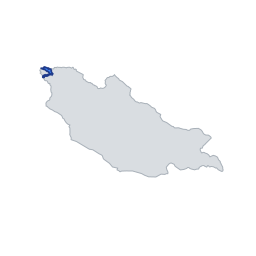 Ulaanxus, Bayan-Ölgiy, Mongolia shown in context, rotated 24°
{"feature_id": "93677404B94457736933818", "entity_name": "Ulaanxus", "entity_type": "district", "adm_level": 2, "iso_a3": "MNG", "parent_name": "Mongolia", "parent_adm1": "Bayan-Ölgiy", "projection": "natural_earth1", "projection_center": [88.684, 48.89], "detail": "fine", "context": "in_parent", "style": "filled", "palette": "blue", "viewbox_px": 256, "rotation_deg": 24, "n_neighbors": 0, "source": "geoboundaries", "source_scale": "gbopen_adm2", "svg_char_len": 5903}
<svg xmlns="http://www.w3.org/2000/svg" viewBox="0 0 256 256"><g transform="rotate(24 128 128)"><path d="M24.4,108.7L25.2,108.7L26.3,107.9L26.5,106.9L26.8,106.3L29.6,106.1L30.9,106.4L31.1,105.7L31.3,105.6L32.0,106.2L32.7,105.9L33.1,105.7L33.5,104.9L34.5,105.0L36.1,104.2L36.1,102.7L36.7,102.3L38.2,102.0L38.4,101.3L38.7,101.1L39.8,100.9L41.6,100.1L42.5,100.1L43.1,99.4L44.8,98.5L47.3,98.1L47.5,97.6L49.7,96.3L52.2,96.2L52.8,95.0L53.2,94.9L54.9,96.3L55.6,96.1L55.9,95.6L56.9,95.6L57.4,96.6L58.0,97.0L65.2,97.4L65.5,97.7L66.0,100.1L67.3,101.2L67.7,101.7L69.7,101.5L70.8,102.4L72.6,102.4L73.5,102.6L75.1,101.8L75.5,101.8L76.1,102.2L76.9,101.9L78.5,102.7L79.7,102.5L80.3,102.9L81.0,102.6L82.8,102.8L84.2,104.1L85.2,104.0L86.3,103.2L86.6,102.6L88.3,102.3L89.2,101.8L89.8,101.2L90.7,99.4L90.8,97.6L89.9,97.3L89.1,96.7L88.7,95.6L88.6,94.9L87.7,93.9L87.8,93.4L88.2,92.4L88.4,91.0L88.9,90.1L90.0,89.7L90.1,89.1L90.8,88.0L92.6,87.3L93.5,86.1L94.0,84.8L94.9,85.4L97.3,86.3L99.3,86.7L100.6,87.7L104.1,87.9L110.0,90.1L111.1,90.0L114.6,90.9L114.9,91.2L115.0,92.9L115.3,93.4L115.5,95.2L116.2,96.1L116.1,97.1L116.5,97.5L117.3,97.6L118.7,98.7L121.8,99.5L122.8,100.3L124.9,100.8L126.0,100.4L127.7,100.6L128.4,100.5L129.4,99.6L130.1,99.4L134.0,98.7L135.1,98.1L135.8,98.0L139.0,98.6L141.2,99.4L144.3,99.3L145.9,100.3L146.6,101.2L147.9,102.0L152.2,102.3L152.5,102.5L152.6,104.4L152.8,104.7L155.8,106.8L157.1,107.4L161.1,107.3L167.4,108.6L168.8,108.2L170.2,108.9L170.7,108.9L174.5,107.1L175.1,107.2L179.2,106.6L181.7,105.7L183.7,105.8L185.2,105.0L185.7,103.5L188.2,101.8L192.5,99.7L195.4,100.0L197.1,100.8L199.0,102.3L200.1,102.7L201.9,102.8L204.4,101.8L205.8,102.1L207.2,102.5L208.1,103.3L205.0,111.3L205.0,111.8L203.9,113.5L204.0,116.2L202.4,117.1L202.8,118.6L203.3,119.2L205.2,120.8L205.8,120.6L206.3,119.9L207.2,119.4L209.1,119.5L210.6,119.3L212.7,119.8L214.6,121.0L217.0,118.3L219.4,118.0L221.7,118.3L223.6,120.2L225.8,121.0L226.4,122.1L227.3,122.5L227.6,123.0L230.4,125.2L231.1,126.6L231.9,127.6L232.1,128.6L231.9,129.1L231.0,129.6L227.4,129.4L225.2,128.4L224.5,128.9L221.8,128.7L220.3,129.1L219.3,129.5L218.8,130.2L218.3,130.4L217.9,130.3L217.0,129.8L216.3,129.8L216.1,129.9L215.8,131.7L213.5,131.7L212.7,131.4L210.9,132.3L210.7,132.9L209.8,133.8L209.0,135.6L209.3,136.3L209.1,136.8L207.4,137.7L205.9,139.1L202.6,139.7L201.1,139.8L199.8,139.4L198.7,139.7L197.9,141.2L195.9,143.1L192.9,145.0L187.0,143.9L186.3,143.6L185.0,142.4L181.6,142.4L180.7,143.2L180.0,144.3L178.9,148.2L180.4,150.3L182.1,151.7L182.8,152.7L182.9,153.6L181.8,154.0L180.5,155.4L177.0,156.7L173.4,161.4L166.7,164.2L162.3,164.4L158.9,164.1L149.7,165.4L143.9,167.9L139.6,170.0L138.7,171.1L138.2,171.2L137.4,170.8L135.0,170.7L134.9,168.9L129.7,169.9L125.4,167.8L119.2,166.5L118.0,166.1L115.8,163.7L114.7,163.4L112.0,163.3L104.7,162.2L101.3,163.1L86.3,161.3L80.9,161.8L80.6,161.6L80.2,160.1L77.6,157.8L77.3,157.2L77.1,156.3L74.9,151.6L73.6,150.9L73.7,148.9L71.7,149.0L69.5,148.3L67.2,146.9L66.1,145.8L64.5,145.6L62.5,143.7L61.5,143.4L56.8,142.6L54.4,142.8L51.8,142.3L48.9,142.3L48.0,141.9L47.1,141.9L45.4,141.1L44.3,141.3L42.9,138.6L43.2,136.9L43.7,135.8L45.0,134.3L45.0,133.8L44.4,132.4L45.2,130.0L44.9,128.5L44.1,126.8L43.1,126.4L41.7,124.1L41.2,122.3L40.6,121.0L39.1,120.3L38.6,119.2L38.2,119.1L37.9,119.5L37.0,119.6L36.1,118.9L35.6,118.2L35.1,118.0L34.1,118.0L33.3,118.4L32.3,118.2L31.5,117.5L29.3,116.4L29.2,115.6L28.9,115.0L28.2,114.9L27.6,114.3L25.5,113.7L25.4,113.3L26.0,112.4L24.5,111.7L23.9,111.0L24.8,110.0L24.4,109.4L24.4,108.7Z" fill="#d9dde1" stroke="#a8b0b8" stroke-width="1"/><path d="M34.9,107.1L34.5,107.2L34.3,106.8L34.3,106.4L34.0,106.1L33.9,105.9L33.8,105.7L33.4,105.6L33.3,105.8L33.2,105.8L32.9,105.9L32.7,106.0L32.3,106.1L32.2,106.0L31.8,106.3L31.8,106.2L31.7,106.1L31.8,106.0L31.7,106.0L31.7,105.9L31.5,105.7L31.4,105.6L31.1,105.6L31.2,105.8L31.1,106.0L31.3,106.1L31.1,106.2L31.1,106.3L30.9,106.4L30.6,106.3L30.4,106.3L30.2,106.3L29.9,106.2L29.7,106.0L29.4,105.9L29.2,106.0L28.9,106.1L28.6,106.2L28.4,106.2L28.2,106.0L27.9,106.1L27.7,106.0L27.4,106.1L27.2,106.1L26.9,106.2L26.8,106.3L26.7,106.3L26.7,106.5L26.8,106.6L26.7,106.6L26.4,106.8L26.4,107.0L26.5,107.0L26.6,107.3L26.7,107.5L26.4,107.7L26.4,107.8L26.1,107.9L25.9,107.9L25.9,108.0L26.0,108.0L25.8,108.1L25.7,108.2L25.6,108.3L25.5,108.5L25.4,108.5L25.2,108.5L24.9,108.6L24.7,108.6L24.4,108.6L24.4,108.8L25.6,108.9L26.0,108.9L26.3,108.8L26.7,108.8L27.4,108.8L27.8,108.6L28.6,108.6L28.9,108.5L29.5,108.9L30.0,108.9L30.4,108.9L30.7,109.2L31.1,109.3L31.3,109.2L31.4,108.8L31.9,108.8L32.3,109.0L32.2,108.9L32.3,109.0L32.6,109.1L32.8,109.1L32.8,109.3L33.1,109.4L33.2,109.5L33.3,109.5L33.5,109.6L33.4,109.9L33.8,110.2L33.8,110.3L34.1,110.6L34.1,110.9L34.1,111.4L33.6,111.6L33.4,112.1L33.2,111.9L32.9,111.8L32.7,111.9L32.7,112.0L32.4,112.2L32.2,112.3L32.1,112.5L31.9,112.8L32.0,112.8L32.0,113.0L31.9,113.1L31.7,113.2L31.6,113.3L31.4,113.3L31.1,113.6L31.2,113.8L30.9,113.8L30.8,113.7L30.9,113.4L30.9,113.2L30.7,113.0L30.4,113.3L30.3,113.5L30.2,113.5L30.1,113.8L30.0,113.7L29.9,113.8L29.6,113.9L29.5,114.0L29.4,114.0L29.4,113.9L29.4,114.0L29.4,114.3L29.4,114.5L29.5,114.5L29.4,114.7L29.3,114.8L29.2,114.9L29.1,115.0L29.2,115.3L29.3,115.3L29.4,115.5L29.5,115.5L29.4,115.6L29.3,115.8L29.2,115.9L29.3,116.1L29.4,116.3L29.6,116.4L29.8,116.4L30.0,116.3L30.2,116.1L30.3,116.1L30.5,116.0L30.6,115.9L30.7,115.7L30.8,115.7L30.7,115.4L30.5,115.2L30.5,114.9L30.7,114.6L30.8,114.4L31.2,114.4L31.3,114.0L31.5,114.1L31.8,114.1L32.0,114.0L32.1,113.9L32.4,113.9L32.5,113.8L32.6,113.7L33.1,113.5L33.6,112.7L33.8,112.5L34.2,112.3L34.3,111.7L34.3,111.3L35.3,110.9L35.4,110.7L35.5,110.7L35.4,110.6L35.5,110.4L35.1,110.0L35.3,110.0L35.6,110.0L35.8,110.0L36.0,109.9L36.3,109.8L36.3,109.7L36.6,109.7L36.9,109.7L37.0,109.7L37.1,109.8L37.1,109.6L37.3,109.5L37.3,109.4L37.3,109.0L36.0,108.4L35.8,108.4L35.7,108.3L35.3,107.9L35.1,107.6L34.9,107.1Z" fill="#3b82f6" stroke="#1e3a8a" stroke-width="1.5"/></g></svg>